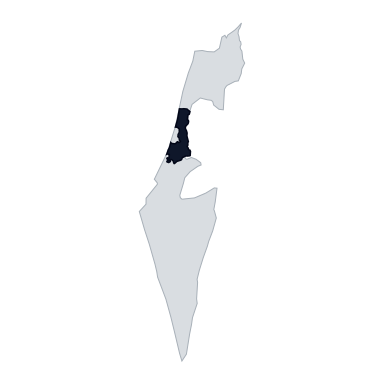 HaMerkaz on a map of Israel (Equal Earth projection)
{"feature_id": "ISR-3055", "entity_name": "HaMerkaz", "entity_type": "District", "adm_level": 1, "iso_a3": "ISR", "parent_name": "Israel", "parent_adm1": "", "projection": "equal_earth", "projection_center": [34.823, 32.087], "detail": "fine", "context": "in_parent", "style": "filled", "palette": "ink", "viewbox_px": 384, "rotation_deg": 0, "n_neighbors": 0, "source": "natural_earth", "source_scale": "10m", "svg_char_len": 3948}
<svg xmlns="http://www.w3.org/2000/svg" viewBox="0 0 384 384"><path d="M241.5,23.0L240.0,27.6L238.5,30.0L238.0,33.6L239.0,36.6L239.5,40.6L240.7,41.8L241.1,44.4L240.1,47.0L240.6,49.1L241.9,51.1L242.8,59.2L244.7,63.1L241.8,68.9L241.2,73.6L238.3,80.9L234.9,81.4L227.1,85.4L226.0,86.6L224.6,88.9L224.4,90.7L223.3,109.8L219.0,109.3L213.7,105.1L212.7,101.5L211.1,100.3L207.4,99.8L200.3,98.0L192.1,104.3L188.6,114.7L187.9,119.6L185.1,129.8L186.1,136.2L186.6,144.3L187.3,151.0L186.6,155.0L185.0,157.2L185.5,158.7L186.9,159.3L191.4,157.5L196.1,159.3L200.7,162.7L201.1,165.0L197.8,166.3L190.2,171.6L184.8,177.7L183.4,183.3L179.8,195.3L180.3,197.7L182.0,199.2L194.5,197.9L205.8,193.1L214.3,187.9L217.0,188.2L215.3,201.4L215.3,201.5L213.8,209.6L214.4,210.9L216.3,218.0L212.7,230.9L208.7,241.4L207.3,246.4L203.3,257.5L199.3,270.4L197.1,279.3L197.6,282.5L196.6,298.8L197.2,303.4L192.5,317.6L191.5,324.6L189.6,334.1L186.4,354.2L181.9,361.0L179.6,353.4L174.5,331.9L170.9,317.2L165.9,299.1L157.6,277.1L156.8,271.8L155.0,264.2L149.3,244.2L144.6,229.8L139.3,211.5L146.0,204.2L146.1,198.2L157.4,184.2L157.3,182.9L154.3,179.2L154.7,178.5L167.3,152.5L175.3,126.8L182.9,91.2L188.3,73.1L192.8,61.1L194.8,51.2L202.2,50.5L207.6,51.6L214.2,51.9L219.4,48.2L221.9,37.1L224.9,35.3L226.4,37.9L227.9,35.0L234.8,30.1L238.1,26.9L241.5,23.0Z" fill="#d9dde1" stroke="#a8b0b8" stroke-width="1"/><path d="M190.0,110.9L189.8,112.4L189.3,114.2L189.1,114.4L188.2,114.7L188.0,114.9L187.7,116.0L187.5,118.7L187.3,119.8L188.1,120.1L188.5,120.7L188.6,121.6L188.4,122.7L188.0,123.8L185.5,126.4L185.3,127.7L185.5,128.8L186.5,130.8L187.1,133.0L186.9,135.9L188.4,141.8L187.7,142.7L187.9,144.1L187.8,145.4L187.1,146.4L188.0,147.9L188.4,148.3L188.2,148.8L188.3,149.3L189.0,149.9L189.9,150.1L190.5,151.4L190.2,155.5L189.9,155.8L188.4,155.9L187.9,156.1L187.5,156.0L186.1,156.0L185.3,156.1L184.3,156.7L183.5,157.2L182.9,157.2L182.2,157.9L182.1,158.2L181.6,159.5L181.2,159.9L180.8,160.2L176.9,161.4L174.8,163.3L174.2,163.6L174.0,163.4L173.9,163.2L173.7,162.9L173.3,161.4L173.1,161.0L172.9,160.6L172.7,160.4L171.6,159.7L171.3,159.6L171.1,159.5L170.9,159.8L169.7,160.1L169.5,160.3L169.8,160.4L169.9,160.5L170.0,160.6L170.1,160.9L170.2,161.0L170.3,161.2L170.4,161.3L170.3,161.6L170.0,161.7L169.7,161.9L169.0,162.4L168.8,162.5L168.5,162.5L167.0,161.9L166.9,161.8L166.9,161.7L166.9,161.4L166.9,161.2L167.0,161.1L167.3,160.9L167.6,160.7L167.8,160.5L167.9,160.4L168.0,160.3L168.0,160.2L168.0,159.9L167.7,159.6L167.3,159.2L167.1,159.0L167.0,158.9L167.0,158.7L166.9,158.5L167.0,158.4L167.0,158.2L167.2,157.9L167.3,157.9L167.5,157.8L167.8,157.9L168.2,158.0L168.4,158.1L168.5,158.1L168.8,158.1L168.9,157.9L169.0,157.7L169.0,157.0L169.1,156.7L169.1,156.4L169.0,155.9L169.0,155.7L169.3,155.3L169.4,155.1L169.4,154.9L169.3,154.5L169.2,154.4L168.8,154.4L168.5,154.3L168.0,154.1L167.7,154.0L167.4,154.0L166.7,154.3L168.2,149.9L169.4,147.7L170.8,142.5L171.4,143.2L171.7,143.4L173.8,143.7L175.1,143.8L175.3,143.7L175.6,143.6L176.6,142.4L176.8,142.2L177.3,141.8L177.6,141.7L177.8,141.7L177.9,141.8L178.0,141.9L178.2,142.2L178.5,142.4L178.7,142.5L179.0,142.4L180.1,141.9L180.4,141.6L180.5,141.4L180.5,141.2L180.4,141.1L180.3,140.9L180.2,140.8L179.6,140.5L179.5,140.4L179.4,140.3L179.4,140.2L179.1,138.1L179.0,137.9L178.9,137.8L178.8,137.6L178.5,137.3L178.4,137.2L178.2,137.1L178.1,136.9L178.0,136.7L177.9,136.6L177.9,136.4L178.0,135.9L178.0,135.6L178.1,134.8L178.1,134.4L178.2,134.2L178.6,133.6L178.7,133.4L179.2,132.3L179.3,131.7L179.3,131.3L179.2,131.0L179.2,130.9L179.2,130.7L179.2,130.4L179.3,130.0L179.3,129.4L179.3,129.2L179.2,129.1L179.2,128.9L178.8,128.6L178.7,128.6L178.4,128.2L178.1,128.0L177.7,127.6L177.4,127.4L177.1,127.3L175.8,127.1L175.4,127.1L177.5,119.6L179.4,108.8L179.5,108.8L182.1,108.9L182.8,108.8L183.0,108.8L183.6,108.7L186.8,109.0L187.0,109.1L187.3,109.2L188.3,110.3L188.5,110.4L188.6,110.5L188.8,110.8L189.3,111.0L190.0,111.0L190.0,110.9Z" fill="#0f172a" stroke="#020617" stroke-width="1.5"/></svg>